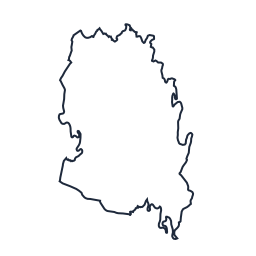 outline of Khueang Nai, Ubon Ratchathani, Thailand, rotated 9°
{"feature_id": "78962969B53843894675562", "entity_name": "Khueang Nai", "entity_type": "district", "adm_level": 2, "iso_a3": "THA", "parent_name": "Thailand", "parent_adm1": "Ubon Ratchathani", "projection": "equal_earth", "projection_center": [104.546, 15.396], "detail": "fine", "context": "isolated", "style": "outline", "palette": "slate", "viewbox_px": 256, "rotation_deg": 9, "n_neighbors": 0, "source": "geoboundaries", "source_scale": "gbopen_adm2", "svg_char_len": 5755}
<svg xmlns="http://www.w3.org/2000/svg" viewBox="0 0 256 256"><g transform="rotate(9 128 128)"><path d="M115.2,28.6L114.2,27.8L113.7,26.5L113.5,26.3L111.4,25.8L110.1,25.8L109.4,26.0L109.3,26.3L109.4,26.7L110.2,27.4L110.4,28.0L110.5,29.8L110.0,31.7L109.6,32.2L107.6,33.3L106.9,34.5L106.8,35.5L105.8,36.4L105.5,37.1L103.0,38.9L102.7,39.7L102.6,41.1L103.4,41.8L103.5,42.6L103.1,43.2L101.7,44.6L101.3,44.7L99.7,43.8L99.0,43.1L98.8,43.3L98.5,43.0L98.2,43.2L98.1,42.7L96.8,40.5L96.5,40.7L95.4,40.3L94.7,41.1L93.3,39.8L93.0,39.8L92.1,39.2L91.4,38.3L90.8,38.6L90.1,38.3L88.9,39.0L86.5,36.2L84.9,34.8L84.3,34.0L83.4,35.3L82.5,35.8L82.5,36.3L82.1,37.2L81.5,37.7L80.8,40.2L80.4,40.8L79.8,42.4L79.6,43.5L79.2,43.5L78.3,42.8L78.0,42.8L76.5,44.2L74.4,45.2L73.1,45.4L71.8,45.2L71.0,44.8L69.5,43.7L68.2,42.3L67.2,40.9L66.4,39.4L65.7,39.2L59.7,45.0L59.7,45.7L59.2,47.3L58.7,48.4L58.5,50.1L59.5,51.4L59.5,54.7L59.4,56.9L60.3,60.4L60.0,61.6L59.3,65.7L58.8,67.1L58.9,69.3L58.6,70.2L59.4,70.3L60.3,70.8L61.7,72.2L60.6,73.7L56.8,82.0L55.2,86.7L54.0,89.2L53.4,91.4L54.2,92.2L56.7,95.8L58.9,98.6L59.6,99.8L59.8,100.5L59.8,104.5L60.4,109.5L60.3,116.1L60.9,118.3L62.3,121.6L62.3,122.4L62.1,123.2L61.5,123.9L58.9,124.8L58.3,125.2L57.9,126.8L58.1,128.8L59.0,130.6L61.4,133.5L62.3,134.0L63.1,134.1L64.4,133.9L66.3,132.3L67.0,132.1L68.2,132.3L69.1,133.0L70.2,134.5L70.9,136.0L71.3,137.3L71.9,140.4L73.4,145.4L73.9,145.9L74.6,145.9L75.0,145.6L75.6,144.3L76.2,143.9L77.6,144.1L79.4,145.2L80.0,145.1L80.7,144.7L81.0,143.9L80.8,142.0L80.5,141.4L79.2,140.4L78.8,139.5L78.8,139.0L79.1,138.7L79.9,138.8L81.9,141.1L82.1,141.6L82.6,145.2L82.8,149.3L82.7,150.8L82.2,152.6L80.6,156.1L80.5,156.7L80.6,157.2L81.2,158.2L81.6,158.4L82.2,158.4L83.1,157.8L84.3,156.3L85.0,156.2L86.0,156.9L86.4,157.7L86.5,158.6L86.5,159.5L86.1,160.3L84.8,161.7L83.8,163.1L83.2,163.7L81.2,165.1L80.5,166.4L80.4,168.1L79.5,168.9L78.9,168.9L78.4,169.4L77.4,169.2L76.9,169.7L75.9,168.9L75.1,169.3L74.5,168.7L73.9,168.4L73.5,168.9L73.1,168.9L72.0,168.0L71.7,167.4L69.8,170.5L69.4,173.9L69.5,175.2L68.9,187.5L69.0,190.5L68.8,191.3L72.1,192.9L80.1,194.6L86.5,196.3L89.4,197.6L92.2,199.2L93.2,201.1L95.4,203.0L96.4,203.6L97.5,204.0L99.3,204.3L101.6,204.0L111.8,204.2L111.8,205.0L112.8,206.5L117.4,211.6L118.7,212.5L119.9,213.0L120.9,213.2L127.6,213.1L129.8,213.6L131.6,213.7L136.4,213.2L143.1,213.0L143.4,213.5L143.8,213.5L144.3,212.4L143.2,210.8L143.2,210.5L143.9,210.1L146.1,210.2L146.2,209.1L147.3,208.2L148.1,206.7L148.2,206.0L149.1,205.8L149.5,205.3L149.6,204.1L149.8,203.6L150.2,203.8L150.4,204.7L150.6,204.9L151.2,204.1L152.6,204.3L153.1,203.9L154.1,203.9L154.7,203.5L156.4,201.1L157.1,197.3L158.0,195.6L158.5,197.3L159.8,199.2L160.1,199.9L160.3,201.3L159.9,204.0L160.0,205.3L160.3,206.2L160.9,206.6L161.7,206.6L162.5,205.6L162.5,205.0L161.9,203.2L161.9,201.9L162.3,200.6L163.3,199.6L163.9,199.6L164.6,199.9L167.0,202.4L168.5,202.9L169.5,202.9L170.3,202.5L171.0,201.9L171.7,200.6L172.0,200.7L172.7,201.3L173.3,202.7L173.6,204.1L173.5,207.8L174.2,213.4L174.0,215.5L173.5,217.5L173.6,219.0L173.8,220.0L174.5,221.1L175.5,221.6L176.7,221.4L178.0,220.9L179.7,221.3L180.2,221.7L181.1,222.7L181.9,225.2L182.3,225.5L182.8,225.4L182.9,224.9L182.8,224.2L182.0,221.1L181.5,220.1L180.9,219.4L180.4,219.0L178.2,218.8L177.8,218.6L177.3,217.9L177.0,216.7L177.2,215.6L177.6,215.0L179.5,214.1L180.0,213.5L180.1,212.0L179.5,210.3L179.6,209.7L180.3,209.5L182.7,210.1L183.8,211.1L185.1,213.1L185.8,216.4L188.1,221.2L188.7,224.0L188.5,227.0L188.7,228.2L189.7,229.6L190.6,230.2L192.3,230.2L193.3,229.7L193.9,229.3L190.5,226.3L190.0,224.0L190.1,222.4L190.3,221.6L192.3,219.0L193.3,217.2L193.5,215.2L193.0,213.3L193.3,213.0L194.2,212.5L194.5,212.0L194.2,207.9L194.1,202.1L194.9,199.9L195.3,199.3L198.8,196.8L200.3,195.2L201.3,193.8L201.9,193.4L201.9,192.7L201.3,190.9L201.2,189.7L202.2,187.1L202.2,185.9L202.6,183.8L202.5,182.5L201.6,181.2L199.5,180.3L197.8,180.1L197.2,179.8L196.9,179.2L196.8,177.4L196.5,176.0L194.7,172.8L187.8,166.3L186.3,165.5L186.0,164.9L186.1,164.4L186.9,163.2L188.0,158.0L188.7,156.4L190.6,152.8L191.2,150.6L191.2,150.1L190.5,149.3L190.9,146.9L191.9,143.0L191.5,137.1L192.3,133.0L192.4,131.5L192.1,128.5L192.5,126.4L192.6,124.5L192.2,123.9L191.3,123.2L190.9,123.1L190.4,123.1L189.3,123.9L188.1,125.7L187.8,126.7L187.7,128.4L187.2,130.5L187.4,134.3L186.6,135.5L184.7,136.1L181.5,135.5L180.6,134.7L180.1,133.5L179.4,132.6L178.4,129.9L178.3,127.1L177.8,124.3L177.7,120.5L176.5,114.1L176.6,112.8L177.5,110.8L177.4,106.7L177.6,105.2L178.7,100.9L178.5,99.6L176.7,95.5L176.0,94.6L175.0,94.0L173.0,94.6L170.4,97.5L169.4,99.6L169.0,99.7L168.7,99.5L167.4,95.4L167.3,93.7L166.9,91.4L166.8,89.5L167.3,87.0L167.5,86.8L167.9,87.0L169.3,88.8L169.4,90.4L170.1,91.8L170.6,92.1L171.2,92.0L171.7,91.5L171.7,91.1L169.6,82.2L168.9,80.7L168.3,79.9L167.6,79.5L166.9,79.3L166.7,79.1L166.3,75.2L166.5,74.4L167.2,73.5L167.1,73.1L166.3,72.6L163.8,72.1L162.9,72.3L161.9,73.0L160.3,73.1L159.8,73.7L159.6,75.3L159.1,76.8L158.7,77.2L158.0,77.0L157.4,76.4L156.8,74.7L156.4,74.1L155.8,73.5L154.4,73.0L153.7,70.5L152.2,67.0L151.9,65.6L152.3,63.6L152.3,62.0L152.6,60.3L152.5,59.6L152.2,59.0L150.4,58.2L147.5,58.6L145.7,57.4L144.6,57.0L142.8,58.3L141.2,57.9L141.1,57.4L141.5,56.2L141.6,54.4L141.4,52.6L142.0,48.4L141.7,46.4L139.8,44.6L138.5,44.6L137.8,44.3L137.9,41.4L137.6,41.1L136.9,40.8L136.4,39.8L136.9,38.6L138.1,37.1L139.7,36.2L139.8,35.8L139.3,33.3L138.5,32.9L134.8,32.8L133.3,33.7L133.1,34.1L132.8,36.0L131.7,38.3L131.2,40.8L130.6,41.4L130.3,41.5L128.6,40.2L127.0,37.2L125.8,35.6L125.2,35.5L124.5,35.5L122.7,36.4L122.1,36.4L121.7,34.7L121.2,33.7L121.7,32.4L121.6,32.0L119.5,32.0L118.7,31.3L117.9,31.0L117.0,30.1L116.2,29.7L115.9,29.9L115.5,31.1L114.7,31.0L114.5,30.7L114.4,30.1L115.2,28.6Z" fill="none" stroke="#1e293b" stroke-width="2"/></g></svg>